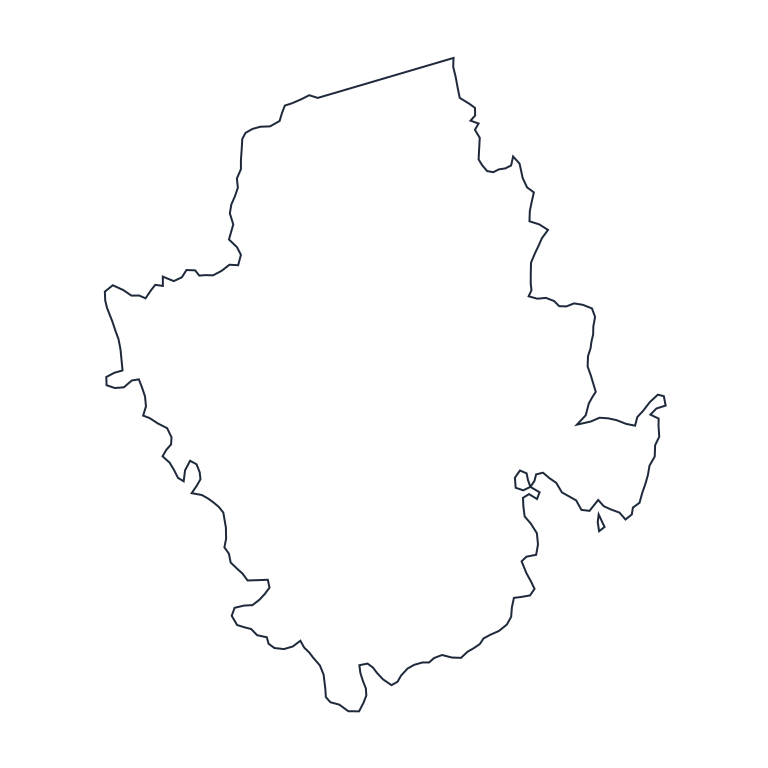 Três Barras, Santa Catarina, Brazil (Albers equal-area conic projection), rotated 182°
{"feature_id": "56859067B37392736639425", "entity_name": "Três Barras", "entity_type": "district", "adm_level": 2, "iso_a3": "BRA", "parent_name": "Brazil", "parent_adm1": "Santa Catarina", "projection": "albers", "projection_center": [-50.264, -26.169], "detail": "fine", "context": "isolated", "style": "outline", "palette": "slate", "viewbox_px": 768, "rotation_deg": 182, "n_neighbors": 0, "source": "geoboundaries", "source_scale": "gbopen_adm2", "svg_char_len": 3629}
<svg xmlns="http://www.w3.org/2000/svg" viewBox="0 0 768 768"><g transform="rotate(182 384 384)"><path d="M366.0,83.3L360.1,86.9L356.7,93.3L350.6,100.4L344.0,104.4L336.0,107.0L329.2,107.3L324.5,111.8L316.6,115.2L306.6,113.0L297.5,113.0L291.1,119.4L284.8,123.3L279.1,127.5L275.7,133.2L268.8,137.2L260.4,141.3L252.8,147.9L248.8,155.8L248.4,165.3L246.7,174.8L239.7,175.9L230.7,177.8L226.4,184.5L230.3,191.9L235.1,200.0L240.3,211.6L235.6,216.4L226.0,218.6L224.5,229.0L226.0,240.2L232.4,249.6L238.8,256.5L240.4,266.2L241.1,275.1L235.2,279.0L227.1,274.4L224.7,281.2L234.1,286.3L230.3,292.3L228.8,299.0L222.0,300.9L215.4,295.7L208.4,291.2L202.4,281.9L196.8,279.0L187.9,274.4L182.3,265.1L174.2,264.4L165.9,275.6L160.2,269.6L153.3,266.7L144.2,263.7L137.9,257.0L131.8,262.3L130.9,269.2L124.5,274.2L122.2,283.9L119.2,293.6L117.1,302.1L115.8,311.7L110.9,321.0L110.9,332.3L107.1,340.9L108.2,352.0L108.3,359.0L116.7,362.7L110.9,369.0L101.8,372.3L103.9,381.6L109.9,382.9L117.6,375.3L124.2,366.1L129.7,359.8L131.6,351.1L140.6,352.6L150.4,356.0L158.7,357.5L167.4,357.8L176.1,353.7L189.8,350.1L181.3,359.8L178.7,371.5L175.7,377.5L172.1,383.6L174.7,391.2L177.5,399.5L181.1,408.5L181.1,418.9L178.8,427.0L178.1,434.0L176.7,440.8L176.8,448.9L175.4,458.4L178.8,466.8L188.2,470.1L196.9,471.2L204.4,467.9L211.6,467.9L216.8,472.8L225.1,475.7L233.8,474.6L242.5,476.7L239.9,482.8L240.9,489.9L241.2,500.7L241.3,510.4L237.5,520.4L234.2,527.9L231.3,535.2L225.5,543.7L234.3,548.9L244.3,551.7L244.3,562.1L242.6,572.0L240.9,580.7L247.9,585.5L252.6,594.7L256.2,608.9L262.9,615.9L264.6,606.8L270.3,603.7L276.7,602.5L282.2,599.5L288.4,600.4L293.7,606.3L297.3,611.8L297.1,623.0L296.9,633.4L302.0,641.2L298.6,647.6L306.7,650.2L302.3,655.5L302.7,663.1L308.3,666.9L318.3,672.6L320.6,682.1L323.1,693.4L325.9,703.3L325.9,712.3L460.2,667.6L468.8,670.0L476.4,665.8L485.8,661.3L492.8,658.8L495.4,651.3L497.5,643.2L506.9,637.5L516.5,636.8L524.4,634.3L531.2,630.1L534.2,623.9L534.4,614.2L534.8,603.0L534.5,593.6L538.2,584.3L536.9,575.0L539.5,566.5L542.9,557.9L544.0,549.1L540.2,538.2L544.0,523.0L535.7,515.6L531.5,508.1L533.9,497.6L542.6,497.8L550.3,491.4L558.7,486.6L566.0,486.6L572.4,485.9L576.7,491.0L585.4,491.0L589.7,483.6L597.7,479.5L608.8,483.6L608.4,474.3L616.1,475.1L620.1,469.6L625.3,461.3L631.8,463.9L639.5,463.5L647.7,468.7L658.5,473.2L666.2,466.6L665.5,457.6L663.4,450.2L657.7,437.1L654.1,427.4L650.9,419.6L648.5,409.1L646.8,396.2L645.8,388.4L653.9,385.8L661.8,381.3L661.2,373.1L652.9,370.6L643.9,371.6L636.2,378.7L629.2,380.1L625.8,372.3L622.4,363.2L621.1,353.4L623.6,344.0L617.1,341.8L608.5,336.6L599.2,332.3L594.5,323.3L594.7,316.2L599.2,310.7L602.8,304.0L595.5,297.9L590.9,290.8L586.6,283.0L580.8,279.8L579.8,290.8L575.1,300.5L568.5,297.2L565.1,289.3L564.1,282.4L567.7,275.6L572.4,268.2L562.1,266.7L555.5,263.2L549.8,259.3L544.8,255.4L540.1,249.9L538.7,243.2L537.0,235.0L536.4,223.9L537.8,215.2L533.1,209.0L531.0,200.2L523.8,193.8L518.8,189.6L513.5,182.9L502.7,183.6L493.3,184.3L491.3,176.5L495.8,170.0L501.0,164.0L507.8,158.4L516.1,157.7L525.5,155.1L528.1,147.0L522.4,138.0L515.5,136.1L508.2,134.5L502.0,128.5L492.3,126.8L490.3,120.4L484.3,116.3L474.7,115.6L466.0,118.5L458.6,124.5L454.6,117.8L449.3,113.0L445.3,108.1L438.2,100.4L434.2,91.4L432.9,83.1L431.9,76.5L431.2,69.1L426.5,64.1L417.5,62.0L408.2,55.7L397.5,56.0L393.4,64.6L390.8,72.1L391.5,79.1L394.7,86.5L397.5,94.3L398.8,102.1L390.7,104.0L385.1,100.2L381.1,95.2L374.7,88.8L366.0,83.3ZM234.1,286.3L241.1,282.6L248.8,284.9L249.9,294.9L245.1,302.3L238.4,299.7L236.7,292.8L234.1,286.3ZM158.6,248.8L164.9,261.1L165.6,253.4L163.9,244.4L158.6,248.8Z" fill="none" stroke="#1e293b" stroke-width="2"/></g></svg>